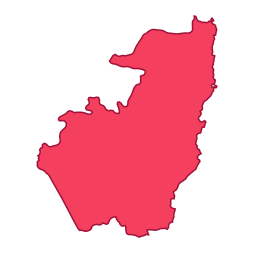 Restinga Sêca, Rio Grande do Sul, Brazil (Robinson projection), rotated 268°
{"feature_id": "56859067B37835458668182", "entity_name": "Restinga Sêca", "entity_type": "district", "adm_level": 2, "iso_a3": "BRA", "parent_name": "Brazil", "parent_adm1": "Rio Grande do Sul", "projection": "robinson", "projection_center": [-53.306, -29.8], "detail": "fine", "context": "isolated", "style": "filled", "palette": "rose", "viewbox_px": 256, "rotation_deg": 268, "n_neighbors": 0, "source": "geoboundaries", "source_scale": "gbopen_adm2", "svg_char_len": 5185}
<svg xmlns="http://www.w3.org/2000/svg" viewBox="0 0 256 256"><g transform="rotate(268 128 128)"><path d="M110.9,40.0L109.2,38.9L107.3,39.5L106.0,39.2L104.3,38.4L103.3,36.9L102.0,38.1L100.4,37.4L98.8,38.0L97.5,36.2L95.6,36.2L93.7,36.0L91.6,36.8L90.2,38.5L88.9,41.5L87.8,43.2L86.7,44.1L85.4,45.2L84.1,47.0L59.7,59.7L52.7,63.1L45.5,66.6L39.6,69.4L34.3,72.0L29.5,74.4L27.3,76.1L27.5,78.2L26.5,80.7L26.3,83.2L26.8,85.0L27.7,87.1L29.5,88.1L30.9,88.6L32.2,90.0L32.5,92.0L32.8,93.6L32.1,95.9L32.4,97.6L33.9,99.3L33.3,101.2L32.5,103.3L33.4,104.9L34.9,105.6L36.5,106.3L38.0,107.4L38.9,108.9L39.7,111.1L39.1,113.4L37.6,113.2L35.4,114.5L33.8,116.2L32.0,116.7L30.4,118.1L30.1,119.6L30.7,121.6L28.5,122.5L26.4,122.2L24.8,122.5L22.9,122.9L21.6,124.4L21.4,126.5L21.3,128.3L20.9,129.8L20.4,132.0L19.2,134.1L18.5,135.4L19.3,136.8L19.6,138.7L20.1,140.7L20.9,142.3L20.6,144.9L25.1,143.4L25.6,145.3L25.5,147.4L25.1,149.9L24.9,152.2L25.4,154.6L26.4,157.2L26.3,159.4L26.5,162.1L25.3,163.4L27.0,165.0L28.7,165.0L30.3,165.5L31.9,166.9L32.5,169.3L34.3,169.4L36.2,170.1L37.5,170.8L39.2,170.7L41.2,171.0L42.9,171.6L44.4,172.2L45.7,172.2L45.9,170.5L46.7,168.9L48.3,167.7L49.6,167.8L51.1,168.2L53.1,168.1L54.9,168.3L56.0,169.5L55.6,171.6L57.5,172.0L59.0,172.2L60.5,171.4L62.4,171.1L63.6,172.6L64.8,174.3L66.6,175.4L68.2,175.9L69.5,176.5L70.7,177.3L72.0,178.9L73.0,180.7L74.1,182.3L75.3,184.0L77.0,185.1L78.2,186.1L79.4,187.8L80.8,189.2L81.9,190.9L83.0,192.1L84.4,194.3L86.2,195.1L87.9,195.9L89.2,196.7L90.8,197.7L92.2,198.8L93.6,198.2L94.4,196.8L95.8,196.3L97.3,196.7L98.8,198.0L99.8,200.2L102.0,199.0L103.8,198.6L104.6,196.8L106.0,196.3L107.9,196.5L109.6,195.0L111.5,195.5L113.3,195.8L114.9,196.5L116.9,196.3L118.5,196.3L120.1,198.1L120.6,200.4L122.6,201.1L124.6,201.5L126.2,202.3L126.2,204.3L128.0,204.8L129.9,205.2L131.1,206.1L132.7,204.9L131.2,201.9L131.9,200.3L133.1,199.9L134.4,198.6L136.2,199.0L137.5,200.3L138.6,201.1L140.1,201.7L142.2,200.5L142.9,201.9L144.5,203.2L146.2,202.9L147.5,202.9L149.2,203.6L151.2,204.6L152.4,205.8L153.2,207.4L154.9,209.1L156.8,211.3L158.9,212.7L160.8,213.5L162.1,214.8L163.6,214.8L165.2,215.1L165.9,213.3L167.7,212.9L168.8,213.9L168.7,215.7L170.7,216.5L172.9,216.9L174.1,215.4L175.9,214.9L177.7,215.5L179.2,215.3L180.9,215.0L182.8,215.7L184.3,215.3L185.5,214.3L187.2,214.7L188.4,215.5L190.0,215.4L191.3,215.9L192.9,216.4L194.5,216.2L195.7,217.0L197.2,217.2L197.9,214.9L199.4,214.6L201.1,215.4L203.1,215.0L204.8,215.0L206.3,215.0L207.7,215.3L208.9,216.0L210.4,216.3L212.2,216.6L213.9,217.6L215.9,217.2L217.6,216.7L217.7,218.7L219.3,219.0L221.1,219.5L222.8,220.0L224.4,219.8L225.8,219.1L227.4,219.1L228.4,217.8L229.3,216.0L231.3,215.3L232.0,212.7L230.7,211.4L230.6,209.7L231.1,208.2L230.7,206.5L232.0,203.9L232.4,201.9L234.0,200.7L235.7,200.2L237.2,199.7L237.5,198.0L235.3,198.3L233.6,197.3L232.4,196.3L230.8,196.1L228.9,196.0L227.5,196.0L225.5,196.0L223.4,195.9L222.3,195.0L221.1,193.5L220.7,191.2L220.9,189.2L220.9,187.2L220.7,185.4L220.6,183.5L220.3,181.3L220.3,179.7L220.9,176.0L221.2,173.7L221.4,172.0L221.9,170.1L223.5,167.5L224.4,165.5L224.7,163.0L224.9,160.9L225.3,159.0L225.6,157.3L225.4,155.6L224.7,153.4L223.6,151.5L222.4,150.2L221.6,148.7L220.7,146.9L219.1,145.8L217.4,144.7L216.0,143.7L214.8,142.9L213.6,141.9L212.3,141.2L210.7,140.0L208.8,138.8L206.0,137.5L204.2,136.7L202.3,135.3L201.5,133.9L201.0,131.6L200.5,129.3L200.2,127.4L200.7,125.3L200.2,123.1L199.9,121.2L200.8,119.4L202.0,117.9L201.0,115.7L199.5,114.5L198.3,113.9L197.2,113.1L195.6,111.8L193.9,112.9L193.0,114.4L192.5,116.1L192.2,117.9L191.5,119.4L190.8,121.0L190.0,122.8L189.5,124.3L189.3,126.0L189.4,127.6L189.4,129.9L188.8,132.0L187.6,134.3L187.1,136.3L187.1,139.0L186.8,141.5L186.0,144.4L185.1,146.4L183.8,147.4L181.6,146.7L180.2,145.4L180.0,143.6L179.2,142.2L177.3,142.5L175.2,142.3L173.2,142.3L171.7,141.3L171.2,139.3L170.6,137.8L169.4,136.6L167.5,135.3L165.3,134.4L163.4,133.7L161.5,132.9L156.3,129.7L154.5,128.9L151.9,128.7L150.0,127.9L149.2,126.3L149.8,124.1L151.5,122.8L153.0,122.0L154.4,120.0L154.0,118.5L152.3,118.1L150.0,118.8L148.3,119.4L146.5,119.7L144.5,120.1L143.1,119.8L143.0,117.4L143.5,115.6L144.6,114.6L145.9,113.6L146.3,111.9L146.0,110.0L146.3,108.0L147.7,106.4L149.8,105.4L151.2,104.1L152.0,102.0L153.1,100.6L154.5,100.3L156.2,100.5L157.8,100.4L159.5,99.5L159.9,97.9L159.4,95.2L159.4,93.6L159.9,91.7L159.5,89.8L157.8,89.2L156.5,89.8L155.1,90.2L153.7,90.0L152.5,89.0L151.2,87.2L149.5,86.4L148.0,86.8L147.2,88.5L146.8,90.6L146.2,92.2L144.8,92.6L143.6,92.0L143.0,90.2L143.5,87.9L144.2,86.3L144.9,84.0L145.3,82.1L145.4,79.4L145.5,77.1L145.2,74.7L146.7,72.5L147.2,70.2L146.4,68.3L144.5,66.5L142.5,62.5L141.9,61.1L140.9,59.6L139.5,58.8L137.8,59.4L137.5,61.5L137.7,63.1L137.3,64.6L136.1,65.9L134.6,66.5L132.5,66.4L130.6,65.3L129.6,64.1L128.5,62.8L127.1,61.3L125.9,60.4L124.6,59.9L123.0,59.6L121.6,59.5L119.9,59.7L118.2,59.8L116.9,59.7L115.6,59.2L114.2,58.0L113.3,56.0L113.0,54.1L112.6,52.5L111.9,49.8L112.4,47.9L113.8,46.6L115.0,45.4L115.6,43.5L114.1,41.8L111.9,41.9L110.9,40.0ZM231.3,215.3L232.1,217.3L233.4,216.9L234.9,215.8L233.6,214.6L231.3,215.3ZM165.2,215.1L165.2,217.5L166.7,218.3L167.5,217.0L166.7,215.6L165.2,215.1Z" fill="#f43f5e" stroke="#9f1239" stroke-width="1.5"/></g></svg>